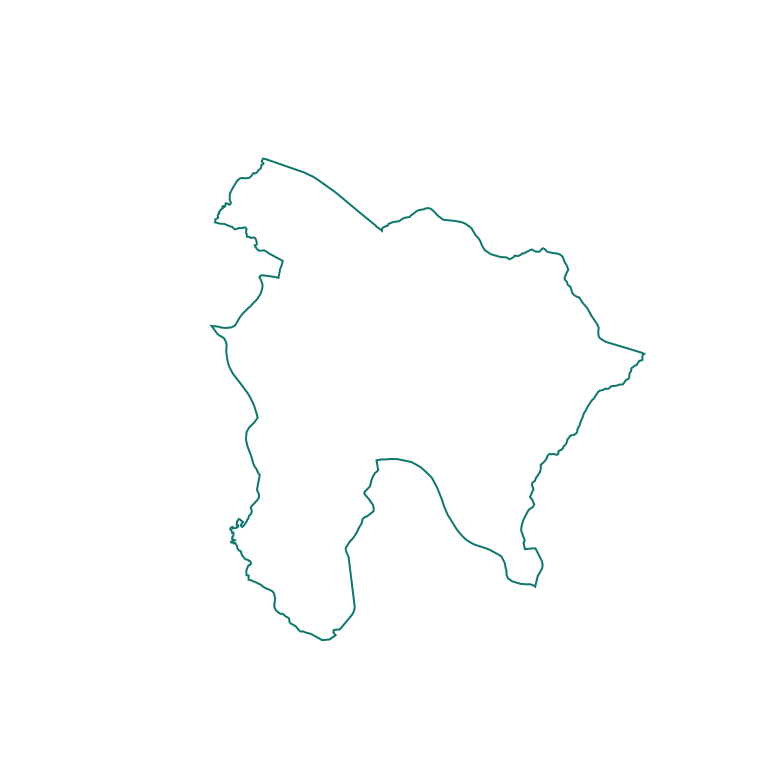 the district of Kampong Tralach, Kâmpóng Chhnang, Cambodia, rotated 143°
{"feature_id": "14789045B48550542527991", "entity_name": "Kampong Tralach", "entity_type": "district", "adm_level": 2, "iso_a3": "KHM", "parent_name": "Cambodia", "parent_adm1": "Kâmpóng Chhnang", "projection": "orthographic", "projection_center": [104.762, 11.974], "detail": "fine", "context": "isolated", "style": "outline", "palette": "teal", "viewbox_px": 768, "rotation_deg": 143, "n_neighbors": 0, "source": "geoboundaries", "source_scale": "gbopen_adm2", "svg_char_len": 6166}
<svg xmlns="http://www.w3.org/2000/svg" viewBox="0 0 768 768"><g transform="rotate(143 384 384)"><path d="M566.9,214.6L548.8,218.8L547.0,219.5L545.7,220.1L543.5,221.6L541.4,223.8L516.2,267.5L515.4,271.9L514.3,274.6L513.2,276.1L506.2,278.7L501.5,279.5L495.9,281.4L489.8,284.6L486.0,286.0L482.8,288.7L481.7,289.1L479.1,289.2L477.2,288.5L469.1,288.6L467.0,290.8L465.6,294.1L465.3,301.2L465.8,307.4L465.4,308.9L463.8,309.7L456.9,310.6L451.8,314.8L448.6,316.8L444.8,318.3L442.2,318.3L440.5,318.7L435.9,327.6L430.9,324.9L427.9,322.7L424.3,320.4L418.6,316.1L409.0,305.1L404.8,295.7L403.2,287.5L402.2,280.5L403.9,269.4L407.1,257.5L409.7,250.0L411.8,241.5L413.3,225.1L413.4,220.9L413.0,215.7L412.2,210.6L409.8,204.1L408.1,200.9L400.9,190.6L399.1,187.4L395.3,179.0L394.0,175.7L395.2,168.6L396.7,165.7L399.1,160.3L400.9,158.1L402.0,154.1L400.4,149.3L397.5,145.3L395.2,142.2L390.0,137.6L388.0,136.4L385.5,132.6L385.2,131.2L376.4,138.4L374.2,139.1L368.7,141.6L366.4,143.8L365.1,146.1L364.3,148.4L362.0,161.5L363.2,162.6L370.8,167.3L368.2,173.1L365.8,174.3L362.8,184.0L362.0,185.3L358.8,188.5L354.1,191.8L345.2,196.0L343.9,196.4L339.0,196.2L336.3,197.5L336.2,199.3L335.2,201.9L335.4,204.2L335.2,206.0L328.0,210.0L326.5,214.5L325.5,215.5L323.9,215.9L321.8,215.8L318.8,217.8L317.7,217.8L315.7,218.7L312.9,219.5L309.7,222.1L307.5,225.1L303.7,225.4L300.9,226.0L299.5,226.5L296.1,228.4L293.6,228.5L292.5,226.9L291.0,226.5L289.4,224.2L288.1,223.3L287.0,223.3L285.9,224.2L285.3,225.2L284.0,225.3L282.1,224.6L280.9,225.0L279.3,225.1L278.3,226.1L275.3,226.3L272.7,227.7L270.6,229.5L269.3,229.5L267.8,229.9L267.1,230.6L265.0,230.2L262.8,229.0L260.1,228.9L258.5,229.5L256.8,231.4L252.7,233.3L250.9,234.7L245.4,237.9L241.6,240.5L240.1,240.8L234.8,243.4L230.2,245.0L227.4,245.9L225.2,246.1L217.7,248.8L215.6,248.9L213.6,247.7L210.9,247.3L209.4,246.6L208.7,245.8L207.0,245.0L204.5,245.5L203.6,245.3L199.7,242.9L196.3,241.8L193.4,239.9L188.7,241.5L185.9,241.1L184.3,241.6L182.2,244.0L180.8,245.1L178.7,245.6L177.8,247.0L176.5,247.8L174.5,247.5L173.4,247.8L170.7,247.1L168.8,248.0L166.1,248.8L165.2,248.3L163.1,247.7L161.3,250.3L160.1,251.3L158.0,251.4L159.2,253.7L180.0,282.1L181.9,285.1L183.7,289.6L184.0,291.5L183.6,293.3L182.1,296.0L178.7,299.7L177.8,303.4L177.2,314.3L176.1,321.4L176.1,323.7L176.5,328.7L176.0,335.5L177.4,337.4L178.6,340.4L178.9,343.0L176.6,349.4L177.5,352.5L176.4,356.0L176.7,358.1L176.2,359.9L170.8,363.1L168.0,364.4L166.7,368.8L166.4,372.7L164.7,378.1L165.4,381.3L166.9,383.7L171.0,387.7L172.9,389.9L174.3,392.0L174.4,394.8L175.2,396.6L176.3,396.9L179.0,396.2L180.4,396.2L183.2,398.5L185.1,402.6L190.6,403.7L193.6,404.0L194.8,405.1L196.7,404.9L198.6,405.1L200.9,406.2L202.3,407.9L203.8,407.4L205.2,407.4L208.9,408.2L209.5,410.5L210.4,411.8L214.6,415.3L220.5,423.3L222.8,429.6L222.8,432.6L222.2,436.5L221.2,439.8L220.8,443.7L221.3,447.9L220.4,455.7L221.0,458.3L222.4,462.6L224.3,466.2L229.2,471.5L237.8,479.5L239.5,485.0L240.6,493.8L241.3,495.9L242.4,497.5L245.3,499.3L247.2,499.6L251.5,501.9L254.4,502.4L259.3,502.3L261.0,502.5L262.9,501.9L267.7,504.4L270.8,504.9L274.0,504.9L278.9,507.7L282.9,508.9L284.4,509.0L285.3,508.4L286.3,508.3L287.2,509.0L288.9,509.1L290.1,509.5L291.6,509.4L293.5,507.6L293.7,509.2L295.3,514.0L295.3,515.5L300.5,536.7L307.3,566.0L314.8,589.6L316.1,592.7L320.6,601.2L343.2,634.9L344.9,636.8L346.8,635.9L347.8,635.0L347.4,632.8L348.4,632.3L350.0,632.7L351.6,631.1L353.1,630.2L355.6,630.4L356.8,629.8L359.7,629.4L361.4,631.0L364.9,629.9L367.1,629.7L368.2,630.0L371.1,631.8L372.9,633.6L374.7,634.7L376.3,634.9L379.5,634.5L387.3,631.4L392.7,628.6L396.4,624.0L397.1,621.1L398.2,620.2L399.7,620.3L400.2,621.8L401.7,623.6L403.4,621.8L404.3,621.4L405.4,622.9L406.5,622.7L406.1,621.5L407.3,621.3L408.3,621.5L409.6,621.4L412.7,620.4L412.9,619.3L413.9,619.3L415.4,618.6L416.3,616.6L417.4,616.6L419.3,617.1L421.7,614.9L418.8,611.1L415.0,607.7L412.6,603.5L410.6,600.6L410.4,598.2L409.8,597.0L405.5,595.7L404.9,594.8L403.1,593.8L401.7,593.3L400.5,592.4L400.4,591.0L400.9,590.1L403.2,587.9L403.4,586.3L404.4,585.0L404.8,584.0L402.8,582.4L402.4,580.7L399.7,579.4L399.1,577.9L399.5,575.8L400.7,573.0L401.7,572.2L402.9,571.9L403.9,572.5L404.2,570.9L404.1,567.9L403.7,565.9L402.5,564.9L399.4,562.9L398.4,561.2L397.3,557.5L390.8,543.3L393.4,541.0L397.4,538.6L404.4,532.3L407.0,535.4L415.0,543.4L417.3,544.9L419.2,544.3L419.5,542.0L421.0,536.9L422.6,534.7L424.8,532.7L428.1,530.4L434.8,527.9L439.5,527.4L443.9,526.4L446.3,526.4L455.4,525.1L459.6,523.8L466.6,520.8L468.4,520.4L471.6,521.0L475.2,523.0L478.2,525.3L480.3,527.4L481.8,529.5L486.8,534.2L486.9,524.8L486.5,522.4L484.4,517.6L484.4,514.8L485.6,510.8L490.7,504.5L494.2,498.3L496.6,492.9L497.5,489.3L498.5,482.9L498.3,470.6L498.4,458.3L499.2,452.3L500.6,445.3L503.4,437.4L505.3,433.0L511.2,431.3L517.9,430.4L520.6,429.3L523.2,427.8L527.6,422.8L530.6,416.2L533.6,405.8L536.3,399.0L537.0,396.5L537.0,392.7L538.1,388.7L537.9,386.6L538.8,385.3L548.9,376.2L549.5,374.8L550.3,371.0L552.2,368.6L555.1,367.5L563.0,366.2L564.8,365.6L565.5,363.1L566.6,361.4L568.4,360.3L571.3,359.9L572.3,359.0L573.6,358.1L574.9,357.9L576.6,356.8L580.4,355.5L583.2,355.0L583.6,356.8L583.2,357.6L579.7,358.6L579.9,359.9L580.4,361.1L580.4,362.3L581.3,363.6L583.0,362.8L584.1,362.7L586.1,360.6L586.7,359.6L585.6,358.9L586.0,358.1L587.1,357.8L588.5,357.9L591.7,359.7L590.9,360.8L591.9,361.3L593.5,361.3L594.2,360.6L594.2,358.0L594.9,356.5L593.9,356.2L593.9,355.3L596.0,353.3L597.1,353.2L598.6,351.8L597.2,349.2L601.0,350.0L601.2,349.1L600.0,348.6L600.0,347.1L598.5,346.9L598.9,342.9L600.0,340.9L600.2,338.7L599.0,336.6L599.9,334.5L600.5,332.0L600.2,327.5L598.4,325.2L598.3,324.0L597.5,322.9L598.3,320.5L600.0,320.1L601.1,320.6L602.0,320.5L606.4,317.7L608.9,314.0L607.3,312.5L610.0,309.2L608.3,307.2L604.8,301.1L603.0,297.3L602.5,294.8L601.1,291.6L599.7,289.4L597.9,285.8L597.8,283.0L600.1,278.1L605.4,272.7L606.2,270.1L606.4,268.3L605.7,264.4L604.8,262.6L603.4,261.6L602.6,259.1L602.4,257.3L601.5,255.9L600.9,254.0L602.8,250.5L602.6,248.8L600.3,243.8L600.2,240.6L599.8,236.6L597.3,235.0L596.7,233.5L592.8,228.5L587.4,216.5L581.3,212.8L573.8,212.5L573.9,216.4L572.0,217.7L566.9,214.6Z" fill="none" stroke="#0f766e" stroke-width="2"/></g></svg>